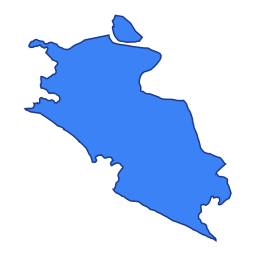 Manfalut, Asyut, Egypt (Albers equal-area conic projection)
{"feature_id": "37247803B38708414170128", "entity_name": "Manfalut", "entity_type": "district", "adm_level": 2, "iso_a3": "EGY", "parent_name": "Egypt", "parent_adm1": "Asyut", "projection": "albers", "projection_center": [30.935, 27.303], "detail": "fine", "context": "isolated", "style": "filled", "palette": "blue", "viewbox_px": 256, "rotation_deg": 0, "n_neighbors": 0, "source": "geoboundaries", "source_scale": "gbopen_adm2", "svg_char_len": 5722}
<svg xmlns="http://www.w3.org/2000/svg" viewBox="0 0 256 256"><path d="M25.0,108.8L25.8,109.7L28.3,110.7L30.7,111.9L33.8,112.3L36.4,112.7L40.5,113.3L42.4,114.8L45.6,116.8L53.6,122.3L57.7,125.8L61.4,127.0L63.9,128.5L63.6,129.3L65.8,130.5L67.7,131.6L71.5,134.3L73.4,135.8L76.0,138.1L77.9,140.0L79.0,140.8L79.4,141.2L79.0,141.5L81.3,143.1L85.4,147.3L86.6,148.8L89.2,154.2L90.7,156.1L92.5,162.2L95.1,162.2L95.8,161.4L96.2,161.4L96.6,160.3L95.5,158.0L95.8,156.8L96.6,156.1L97.4,156.1L98.1,155.3L98.5,155.3L99.6,155.3L100.4,154.9L101.1,155.3L101.5,154.9L101.9,155.3L104.5,158.0L106.0,158.0L108.3,157.2L110.9,157.2L113.2,160.3L112.4,160.7L111.3,161.8L110.9,163.0L110.6,163.3L111.3,165.6L111.7,165.6L112.4,165.3L113.6,164.1L114.3,164.1L116.6,163.0L118.5,163.0L119.2,163.4L120.0,163.7L121.5,165.7L122.6,166.4L123.0,167.9L122.6,168.3L121.5,169.1L121.1,169.8L118.9,172.9L118.1,174.8L118.1,175.9L118.5,177.1L118.8,177.9L118.8,180.5L117.3,182.0L116.6,182.4L116.2,183.2L115.8,184.3L115.8,185.5L115.4,186.2L115.4,186.6L115.1,187.4L115.1,187.8L114.7,188.1L114.7,188.5L113.9,189.3L113.2,189.3L114.8,191.6L116.7,193.1L119.0,193.9L122.0,196.2L123.9,196.5L125.7,198.1L127.3,199.2L130.3,200.8L132.2,201.1L134.4,201.1L136.7,201.5L138.2,201.5L140.5,203.1L142.3,204.6L144.6,205.7L148.0,207.3L149.9,209.2L152.9,210.0L155.2,210.7L156.7,211.9L159.3,213.0L161.2,213.8L162.3,214.6L164.6,215.7L165.7,216.5L167.2,216.9L168.4,218.0L171.0,219.5L172.9,220.7L176.7,221.8L178.5,222.6L183.4,224.5L184.6,224.9L186.5,225.7L191.4,228.3L192.9,229.5L195.1,230.3L197.4,231.4L199.7,232.9L202.7,234.5L206.1,235.6L207.9,236.8L211.3,238.3L213.2,238.7L215.9,240.6L215.9,239.5L215.1,237.9L213.6,236.8L213.2,236.4L212.5,235.6L210.2,233.7L209.5,233.0L208.0,229.9L206.8,228.4L206.8,227.6L206.5,225.7L205.7,224.6L204.2,223.8L201.6,223.0L200.4,220.4L200.0,219.6L198.5,218.1L198.5,215.0L198.9,214.6L199.3,213.9L200.1,212.7L201.2,212.0L201.2,209.3L200.8,207.8L200.8,206.6L200.9,205.4L201.2,205.1L201.6,205.1L202.3,204.4L202.7,204.4L203.5,204.4L203.8,204.7L205.0,204.7L205.3,205.1L206.1,205.1L206.9,204.7L207.6,204.0L208.4,203.6L208.7,202.8L209.9,200.9L209.9,200.6L210.3,199.4L210.6,198.7L210.6,198.3L211.4,196.8L211.4,196.4L212.1,196.4L213.3,196.4L213.3,197.1L213.7,197.9L214.4,197.5L215.8,197.5L216.7,197.1L218.2,197.5L218.9,197.5L218.9,197.9L219.7,199.1L219.7,201.0L218.5,203.3L218.5,204.4L219.7,204.8L220.4,204.4L221.6,204.0L223.5,202.1L225.3,200.6L226.5,199.5L228.4,198.7L229.1,198.3L229.9,196.4L230.3,195.3L230.6,194.5L230.6,194.1L231.0,193.4L230.3,190.7L229.9,189.9L229.3,188.0L229.1,187.1L228.3,185.3L227.8,184.1L227.4,183.6L227.3,183.1L227.3,181.1L227.4,179.4L226.6,178.6L226.0,178.3L224.1,177.2L223.5,177.0L222.4,177.0L221.0,176.4L220.3,176.6L219.7,176.6L219.3,176.6L219.0,176.6L218.4,176.1L217.9,175.4L216.5,173.5L216.1,173.7L216.6,172.1L221.1,167.8L225.5,164.0L224.3,163.0L223.1,161.2L221.4,159.0L220.1,157.7L218.1,157.2L215.9,156.5L211.4,154.5L209.8,153.6L208.2,153.7L205.7,152.9L204.0,152.1L202.3,150.4L200.6,148.0L199.6,143.9L199.0,141.3L197.7,137.7L197.1,134.9L195.5,130.9L194.0,127.7L193.5,124.5L192.7,121.9L192.4,118.9L191.3,115.2L190.2,112.1L188.2,108.9L187.2,106.3L186.6,104.1L185.2,102.3L183.6,100.4L181.6,100.6L177.2,100.5L172.3,99.4L166.2,99.3L163.2,99.1L161.4,98.7L159.0,97.3L154.9,95.7L151.3,94.4L149.5,93.8L147.2,93.8L145.2,93.2L143.9,92.1L142.9,91.4L141.6,91.5L140.7,90.7L140.7,89.9L140.8,87.9L140.5,85.9L139.3,83.6L139.2,81.7L139.5,79.3L140.5,76.2L141.8,73.9L144.1,71.9L147.8,70.8L150.9,69.6L153.4,67.4L156.1,64.8L158.0,62.5L159.8,60.0L160.8,58.0L161.0,55.4L159.8,53.5L157.0,52.1L150.9,49.8L148.3,48.2L145.9,48.0L144.0,48.0L138.6,47.3L131.8,46.4L127.4,45.6L119.2,44.4L116.5,43.8L112.8,42.7L111.2,40.7L109.4,38.0L109.0,35.6L108.9,35.1L84.4,40.1L83.4,41.1L82.1,41.7L80.6,42.8L76.9,44.3L75.0,45.1L73.8,45.8L70.8,48.1L69.3,48.9L67.4,49.6L65.5,49.2L63.6,49.2L62.5,48.1L61.0,47.7L58.4,46.6L58.0,46.2L56.9,44.3L54.2,43.5L52.7,42.7L51.6,42.3L48.9,42.7L48.2,43.5L47.8,43.5L45.2,43.9L44.4,43.5L44.0,42.3L43.3,41.6L42.2,41.2L41.0,41.2L38.0,40.4L36.9,39.6L35.4,39.6L34.2,40.4L33.5,40.8L32.7,41.5L31.6,41.5L30.4,42.7L29.7,43.8L29.3,45.0L29.0,45.7L28.9,46.1L30.1,47.3L33.1,47.3L33.8,46.5L35.0,46.5L36.1,46.1L37.6,46.1L39.1,45.4L39.9,45.0L41.8,46.9L42.1,46.9L42.9,47.3L43.7,47.7L44.8,48.1L45.9,47.3L47.4,47.3L47.8,48.4L47.8,48.8L47.4,50.0L47.0,50.3L46.7,51.9L46.3,51.9L45.9,52.6L48.1,54.9L51.6,58.4L52.3,59.9L53.1,59.9L55.3,61.0L56.8,61.4L57.2,62.1L57.2,62.6L57.6,63.0L57.6,64.1L57.2,64.5L56.8,65.2L56.1,65.6L55.7,66.4L55.0,67.5L55.3,67.9L55.3,68.3L56.1,71.0L56.1,72.5L55.3,73.6L54.2,74.4L53.1,74.4L50.8,76.3L49.7,77.0L47.4,78.6L45.9,78.6L45.1,77.8L44.0,77.4L43.5,77.2L42.5,76.6L41.0,76.6L41.0,79.7L41.3,81.2L41.3,82.7L41.0,84.3L40.6,84.3L40.6,86.6L41.3,88.1L42.9,88.1L44.0,88.8L44.7,88.8L46.2,89.6L47.4,90.8L47.8,91.5L48.5,92.3L48.5,92.7L49.6,93.4L50.8,93.1L51.1,93.1L51.9,93.1L53.4,93.1L54.5,93.4L55.7,93.8L56.8,94.6L57.9,95.4L58.3,95.7L59.1,96.1L59.8,97.7L59.8,99.6L59.4,100.7L57.9,101.5L56.4,103.0L55.7,102.9L54.6,102.7L54.3,101.7L54.2,101.4L53.4,100.6L52.7,100.3L51.5,99.9L50.8,100.3L50.1,100.6L48.3,100.6L46.9,99.8L45.3,98.8L44.8,99.0L44.0,98.8L43.0,98.4L42.7,98.2L41.7,97.7L41.4,97.6L41.0,97.7L40.3,98.1L39.7,98.8L39.7,102.2L39.8,102.7L39.4,102.9L38.1,103.7L37.3,102.7L36.0,103.5L33.8,103.3L34.6,105.4L34.3,105.9L33.0,107.9L32.7,108.0L31.9,108.3L30.9,108.5L30.0,108.3L29.4,108.5L28.0,108.4L27.0,108.4L25.0,108.8ZM139.4,41.2L140.4,39.7L142.2,37.3L139.8,34.9L135.5,31.2L130.5,23.1L122.7,16.6L115.4,15.4L114.0,19.1L112.4,20.9L113.5,23.5L114.0,25.5L113.9,26.7L113.5,26.8L112.7,26.5L112.5,27.5L112.8,29.3L113.8,33.5L115.1,36.3L117.8,39.8L119.8,41.0L124.0,41.6L126.4,42.2L135.6,41.9L137.6,41.2L139.4,41.2Z" fill="#3b82f6" stroke="#1e3a8a" stroke-width="1.5"/></svg>